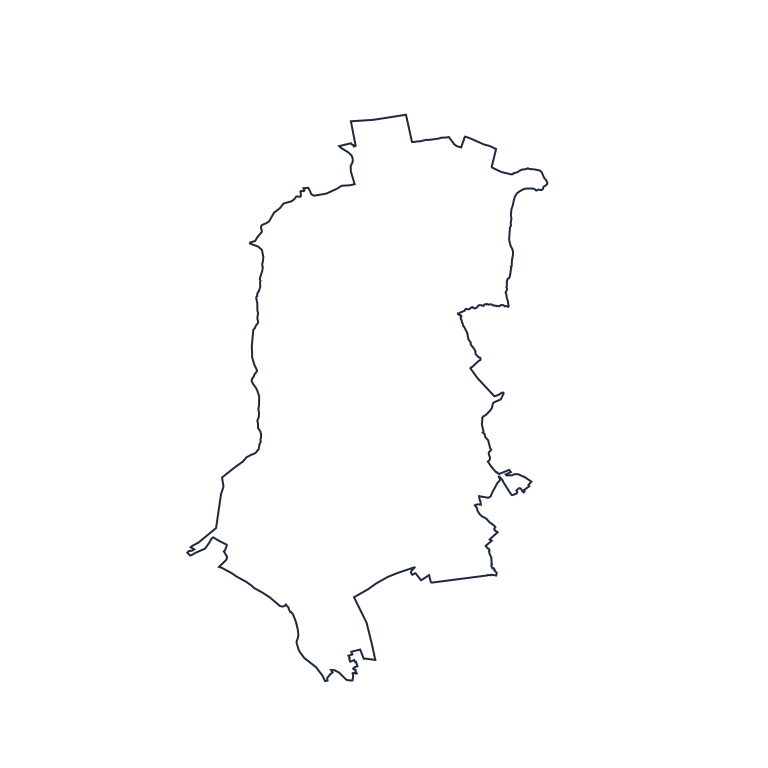 Bocsa, Salaj, Romania, rotated 228°
{"feature_id": "2599482B47822802505944", "entity_name": "Bocsa", "entity_type": "district", "adm_level": 2, "iso_a3": "ROU", "parent_name": "Romania", "parent_adm1": "Salaj", "projection": "equal_earth", "projection_center": [22.907, 47.29], "detail": "fine", "context": "isolated", "style": "outline", "palette": "slate", "viewbox_px": 768, "rotation_deg": 228, "n_neighbors": 0, "source": "geoboundaries", "source_scale": "gbopen_adm2", "svg_char_len": 6166}
<svg xmlns="http://www.w3.org/2000/svg" viewBox="0 0 768 768"><g transform="rotate(228 384 384)"><path d="M483.6,624.5L489.7,622.0L495.1,618.6L510.4,611.7L513.6,609.7L513.0,608.0L511.9,606.8L511.9,606.2L508.2,599.7L511.3,597.6L514.6,596.6L524.2,597.4L525.0,595.9L528.8,591.2L530.0,588.5L535.9,579.9L537.2,578.9L540.0,573.5L542.4,570.5L543.7,568.2L545.2,566.8L569.4,580.5L587.6,552.6L601.4,535.2L580.0,522.3L580.7,520.5L582.2,521.1L583.7,520.3L585.0,520.5L590.8,509.9L588.5,510.0L579.7,512.5L575.5,512.8L572.5,511.6L570.1,509.5L568.3,505.1L564.2,501.6L552.1,495.9L554.7,491.4L559.7,485.1L560.5,480.0L564.0,468.7L570.6,458.2L572.6,457.2L574.3,457.1L576.1,457.9L580.5,459.0L583.4,455.1L581.0,454.4L581.1,453.4L583.1,451.2L583.0,450.7L580.4,449.1L579.6,448.3L579.1,447.2L582.0,444.4L581.4,441.1L581.6,437.7L585.3,430.2L584.3,424.1L584.9,416.9L581.7,407.3L582.3,404.0L583.4,401.0L583.8,399.0L583.3,398.0L582.2,396.9L580.0,396.0L578.7,394.8L577.9,388.2L576.5,384.0L578.7,379.1L578.2,378.4L577.9,378.4L570.4,382.4L565.3,383.0L559.1,379.3L555.7,375.5L554.9,374.0L553.1,372.5L552.1,372.3L549.8,369.6L545.6,362.5L544.7,361.7L543.5,361.4L542.0,359.4L539.3,357.4L536.8,353.4L536.2,350.9L535.2,349.4L534.2,348.8L534.1,347.6L533.5,346.6L528.7,343.8L523.0,338.8L521.4,338.2L520.2,337.2L519.7,336.2L517.3,333.6L514.2,332.0L513.7,331.0L513.0,327.6L512.0,325.7L511.7,323.1L500.7,311.2L491.8,303.7L485.0,300.5L480.0,299.1L478.8,298.5L478.2,297.0L477.8,294.1L476.8,292.5L476.1,289.4L474.9,287.7L472.1,286.8L467.2,286.3L463.8,285.4L458.4,283.0L452.1,277.2L449.2,273.7L446.0,271.7L443.3,268.9L441.4,265.2L439.2,264.1L435.5,260.9L431.9,260.5L429.2,259.2L426.7,257.1L425.5,255.1L423.4,253.6L422.7,251.4L419.3,247.1L419.3,245.3L418.7,243.1L418.9,241.4L420.3,237.7L421.5,233.0L420.8,227.4L421.9,217.5L422.9,201.1L415.1,196.0L411.2,189.2L389.3,162.8L390.3,140.1L392.1,132.6L392.1,131.1L388.1,132.3L388.6,129.8L390.4,127.2L390.4,125.1L386.4,125.0L385.4,127.2L384.7,130.9L381.4,140.8L382.9,147.7L384.4,152.0L384.4,154.4L376.9,156.8L370.1,159.5L369.4,159.4L368.7,158.3L366.8,154.5L366.8,153.0L360.8,151.8L359.5,150.5L358.8,148.8L358.5,139.0L356.0,140.4L345.5,144.2L339.9,145.5L328.9,149.3L321.7,150.9L319.8,150.8L310.8,153.9L301.7,156.4L288.7,158.1L286.5,159.6L285.5,161.8L285.8,163.5L281.4,163.4L280.6,162.7L277.2,161.7L276.7,162.4L273.5,162.2L266.2,159.4L259.5,155.8L254.6,152.3L253.0,150.2L251.0,146.6L249.9,145.7L244.1,143.0L241.6,142.2L233.9,141.4L219.1,144.0L208.2,143.1L202.7,141.4L201.4,143.6L203.3,144.8L203.6,145.6L204.3,149.9L204.0,152.8L206.9,153.3L204.3,155.8L199.6,157.5L189.4,158.1L186.4,160.3L184.8,162.3L188.2,166.3L190.0,167.0L190.0,167.4L189.2,168.4L189.2,169.1L187.4,169.4L187.2,170.1L188.6,170.2L190.3,171.5L190.8,171.6L191.9,170.7L193.0,170.6L193.3,172.4L192.0,175.4L196.3,177.3L196.6,176.5L198.8,177.1L200.2,173.1L201.0,173.4L202.8,174.1L203.3,175.2L205.9,175.7L204.2,179.5L206.9,180.5L202.6,188.6L193.3,185.1L192.5,186.3L184.8,192.9L197.4,200.2L218.2,211.3L245.6,219.0L242.2,234.4L241.0,244.8L238.0,258.1L234.4,267.8L227.4,284.0L227.1,284.0L226.9,280.0L226.3,278.5L225.7,277.7L223.3,277.4L222.5,280.6L221.9,280.8L213.3,280.2L211.8,289.6L205.7,286.4L204.5,286.5L175.0,329.2L172.6,332.7L172.6,333.4L170.3,335.5L170.3,336.3L166.6,339.2L168.1,341.4L171.7,341.3L172.0,342.0L173.8,342.2L174.1,341.4L174.6,341.3L177.2,342.1L177.7,342.7L177.7,343.6L179.6,344.4L180.3,345.4L182.3,346.8L182.6,347.4L187.4,348.9L189.5,350.2L189.6,351.0L191.3,351.7L192.4,351.1L195.7,351.2L195.4,359.2L197.8,358.5L197.8,369.3L201.3,368.3L202.7,369.1L203.0,370.9L205.2,371.1L210.8,369.9L215.6,369.9L220.2,368.2L223.5,368.0L227.7,368.8L229.2,370.0L233.1,370.4L233.1,370.9L231.5,373.6L229.5,375.2L232.6,377.4L233.3,377.2L237.0,379.6L230.0,385.1L229.4,385.9L229.2,388.2L230.9,391.8L234.5,401.9L235.0,406.1L238.3,407.4L237.9,407.8L233.0,407.7L231.7,407.1L220.1,405.1L216.2,404.6L215.6,405.0L214.6,407.1L214.7,407.8L213.8,409.3L214.5,410.8L216.2,411.1L216.3,414.1L215.7,415.2L214.5,415.7L211.9,415.1L210.0,415.2L210.1,416.7L211.5,417.1L210.8,423.6L212.3,423.7L212.8,428.2L220.2,426.4L227.0,423.4L229.5,421.0L230.5,418.0L234.1,413.9L235.3,413.9L233.6,419.4L236.4,419.6L240.1,409.3L240.5,409.1L242.9,408.9L243.1,408.3L246.3,408.3L250.6,408.4L256.9,409.3L256.9,411.7L258.3,413.5L261.9,415.0L263.0,416.1L263.4,419.6L265.4,420.0L272.4,423.7L277.0,423.8L279.5,425.3L281.8,424.9L281.9,426.0L288.5,429.7L292.2,433.7L292.9,434.0L293.5,435.8L292.8,439.1L293.3,445.7L294.1,448.4L296.3,451.4L296.8,452.5L296.6,454.0L294.4,460.5L297.0,466.7L297.7,466.9L298.7,465.9L299.2,462.1L301.0,457.8L325.7,457.4L337.8,458.7L338.1,459.3L337.7,460.8L337.8,469.2L337.4,472.0L338.5,472.9L339.5,472.9L340.4,472.2L345.0,472.1L347.1,473.8L350.5,474.6L354.9,474.8L356.4,475.6L356.6,476.1L361.0,476.7L365.9,479.9L372.9,481.8L373.8,481.6L376.2,482.9L377.6,483.1L379.4,484.4L381.3,484.7L382.1,485.5L382.3,486.6L382.8,486.9L383.7,487.1L384.5,486.2L386.6,485.8L387.0,486.2L386.1,487.1L386.0,488.8L384.5,492.9L385.1,494.4L384.9,495.3L383.3,496.3L382.5,497.6L382.5,499.2L382.1,501.2L380.7,501.3L379.3,502.2L378.6,504.6L379.2,506.3L378.7,507.8L377.5,509.0L375.5,510.1L375.8,511.6L375.5,512.9L374.5,513.5L374.5,514.1L372.9,514.9L372.1,516.4L370.3,517.6L369.0,517.8L367.7,519.3L366.6,519.7L366.1,520.7L365.1,521.1L364.5,522.0L364.5,523.5L362.8,525.4L360.7,525.9L360.0,527.2L358.2,528.0L358.4,528.6L362.2,531.2L366.9,533.5L368.7,534.9L370.6,535.5L371.0,536.9L372.1,538.9L372.9,539.5L374.0,539.7L375.2,541.6L377.7,543.4L379.5,546.5L379.0,547.5L379.5,549.2L383.1,553.7L384.0,554.4L384.7,555.8L386.3,556.8L386.1,557.7L390.5,562.0L393.3,565.8L395.8,568.3L398.3,569.6L401.9,570.5L407.4,573.4L416.0,582.3L416.8,584.4L419.1,586.1L421.6,589.3L424.5,591.2L428.5,595.5L430.6,599.3L433.3,602.9L435.8,606.9L436.7,610.5L436.6,612.5L435.9,616.3L434.9,619.4L429.9,625.2L427.6,626.5L426.1,626.5L425.7,626.9L425.2,628.7L422.7,630.9L422.5,632.3L423.8,634.6L423.3,637.6L423.3,638.6L423.8,639.7L426.5,640.8L430.2,641.0L436.3,643.0L438.6,642.5L442.7,639.5L446.5,635.9L448.0,635.3L448.4,634.7L448.3,633.9L451.3,629.5L452.3,624.3L454.0,621.3L453.7,620.2L454.4,619.0L462.9,613.1L472.6,609.1L473.4,609.5L483.6,624.5Z" fill="none" stroke="#1e293b" stroke-width="2"/></g></svg>